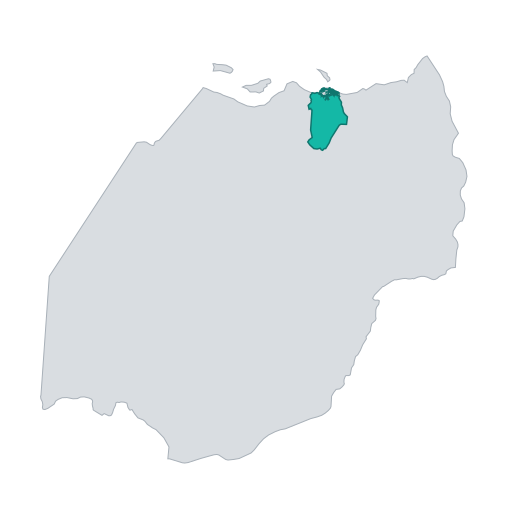 Rufiji, Pwani, United Republic of Tanzania (highlighted), rotated 274°
{"feature_id": "72390352B25336426084217", "entity_name": "Rufiji", "entity_type": "district", "adm_level": 2, "iso_a3": "TZA", "parent_name": "United Republic of Tanzania", "parent_adm1": "Pwani", "projection": "mercator", "projection_center": [39.283, -7.991], "detail": "fine", "context": "in_parent", "style": "filled", "palette": "teal", "viewbox_px": 512, "rotation_deg": 274, "n_neighbors": 0, "source": "geoboundaries", "source_scale": "gbopen_adm2", "svg_char_len": 9515}
<svg xmlns="http://www.w3.org/2000/svg" viewBox="0 0 512 512"><g transform="rotate(274 256 256)"><path d="M181.1,371.9L174.9,368.6L169.2,366.7L164.6,364.4L162.6,362.3L158.3,361.4L154.5,361.1L151.1,359.1L144.0,358.3L143.2,357.0L143.0,354.0L141.8,353.3L139.2,352.5L136.4,352.5L134.7,353.0L133.7,352.7L131.4,351.0L129.3,348.8L128.5,345.2L125.2,343.0L121.5,341.2L111.1,341.3L109.4,340.8L107.0,339.0L104.1,336.0L101.7,332.7L99.7,328.1L97.6,321.9L85.6,297.2L84.4,292.5L82.1,287.4L78.3,281.0L74.2,276.3L68.8,272.0L62.5,267.8L59.2,264.9L52.8,253.3L51.5,247.9L50.5,242.3L50.9,240.0L54.9,232.8L55.3,230.8L54.8,228.0L52.8,222.3L50.3,215.3L45.2,202.6L44.5,199.3L44.6,196.9L47.6,184.0L47.5,182.2L59.5,182.5L68.2,176.8L75.8,168.4L77.3,164.8L80.4,159.4L83.4,156.7L84.6,154.9L86.3,149.5L90.3,145.8L94.2,143.0L93.4,141.0L94.0,140.3L96.1,138.8L100.2,137.5L101.0,134.7L101.0,131.5L100.3,129.7L100.5,127.7L99.8,126.5L97.1,126.2L93.1,124.6L89.8,123.9L87.5,123.0L86.7,122.3L86.3,120.4L88.2,115.5L86.3,113.5L90.5,105.3L91.2,104.3L92.7,104.1L95.1,103.3L97.3,102.9L99.2,103.2L100.5,102.9L101.7,101.9L102.7,99.2L103.5,94.5L103.0,90.7L101.3,87.8L100.8,83.4L101.6,77.4L101.1,72.5L99.1,68.5L97.2,66.2L94.2,65.0L89.5,59.0L88.1,56.1L88.3,54.2L89.9,53.5L92.9,53.7L95.7,53.0L98.4,51.4L100.9,50.9L102.3,51.2L221.3,51.2L360.4,128.8L361.0,129.7L362.1,136.4L361.9,138.7L359.7,142.6L359.1,144.6L359.1,146.0L359.6,146.5L361.4,146.7L363.0,147.6L363.6,148.4L364.7,151.3L366.3,152.7L419.1,190.9L420.3,191.5L419.6,194.7L416.6,202.5L416.4,205.7L415.3,209.5L414.1,212.0L411.1,223.0L408.5,227.1L405.1,236.7L404.5,244.0L406.4,249.2L407.1,254.0L411.2,258.7L414.5,260.4L416.7,262.6L420.6,267.5L422.8,272.5L429.9,274.9L432.7,280.5L431.6,284.3L428.4,287.5L425.3,292.6L422.9,299.4L422.8,309.7L424.5,308.2L428.2,310.7L428.7,318.3L424.8,327.2L423.6,331.3L423.5,334.9L426.2,345.5L430.5,350.9L430.1,352.6L429.1,354.1L436.3,363.7L435.7,372.0L438.4,378.5L439.6,384.1L441.3,388.5L441.7,391.5L439.5,394.8L444.7,395.6L447.8,398.3L449.3,400.9L453.1,400.8L455.1,402.6L458.1,404.0L464.6,408.4L466.4,410.6L467.5,412.7L449.5,426.4L442.9,430.0L438.3,431.6L433.3,432.5L428.6,434.7L424.1,438.1L418.4,439.8L411.4,439.8L404.1,442.2L392.6,449.4L385.9,445.4L380.7,444.2L374.6,444.3L370.9,444.8L369.6,445.6L368.4,448.0L367.5,452.0L363.5,455.8L356.5,459.5L350.1,460.9L344.3,460.0L340.3,458.4L338.2,456.3L335.2,455.3L331.1,455.5L327.3,457.0L323.6,459.9L317.7,461.1L309.6,460.7L305.3,459.3L304.7,457.0L301.1,454.2L294.6,451.0L289.9,450.9L286.8,454.0L284.0,455.9L281.5,456.7L279.2,456.8L275.9,455.9L267.0,455.6L258.5,455.7L257.7,451.3L255.9,448.6L254.4,447.0L251.5,446.6L250.6,445.3L249.7,442.6L248.2,440.2L246.3,438.3L245.2,436.5L244.8,434.8L245.1,433.0L246.8,428.4L247.4,425.3L247.2,422.2L246.2,418.9L244.2,415.0L244.5,413.9L243.8,411.2L243.7,409.4L244.1,407.1L243.7,404.0L242.0,397.6L242.0,395.9L240.1,392.8L234.5,385.4L234.3,384.4L225.4,376.9L221.9,375.3L220.6,376.7L220.2,378.0L220.5,380.4L220.3,381.6L219.9,382.1L217.9,382.0L216.5,381.8L213.2,379.8L210.6,379.3L204.1,379.6L201.9,380.1L200.1,379.6L196.7,376.2L192.7,375.5L189.1,375.3L183.1,371.4L181.1,371.9ZM430.8,248.0L433.7,256.1L433.3,257.7L431.3,258.6L430.2,258.7L428.9,257.4L428.0,254.6L426.4,255.3L423.8,252.0L421.2,251.9L418.8,247.9L419.7,244.5L419.2,238.7L422.1,235.7L423.6,230.7L425.5,234.2L425.9,239.5L428.4,245.8L430.8,248.0ZM444.8,199.6L445.0,201.5L444.4,203.4L444.5,209.1L444.3,212.9L442.1,218.2L440.4,220.1L438.8,219.6L437.5,218.7L436.5,217.3L438.5,207.5L437.5,200.4L441.6,201.1L444.8,199.6ZM438.9,317.0L436.9,317.5L436.1,317.0L434.8,315.4L437.0,314.1L439.1,311.4L444.1,307.5L446.4,304.4L446.0,307.4L443.2,314.1L440.8,314.5L438.9,317.0Z" fill="#d9dde1" stroke="#a8b0b8" stroke-width="1"/><path d="M421.1,328.3L421.6,327.5L422.3,327.5L421.6,326.2L422.5,324.7L422.6,324.2L422.3,324.1L422.2,323.9L423.1,324.5L422.8,325.0L423.5,324.3L422.5,323.9L422.7,323.6L422.9,323.9L422.9,323.5L422.2,322.7L422.6,322.5L422.1,321.9L421.6,322.1L421.9,321.7L423.4,322.5L424.1,321.8L421.5,319.7L421.1,317.9L421.3,317.8L421.6,317.2L421.4,317.5L420.3,315.5L420.2,315.8L419.9,315.3L419.6,315.8L419.1,315.7L419.3,315.9L419.3,316.1L419.2,316.2L419.2,316.5L418.9,316.8L418.8,316.6L418.9,316.2L418.9,316.8L419.0,316.1L419.3,316.1L419.1,315.9L418.7,316.0L418.6,315.9L418.2,316.8L417.9,316.7L417.8,316.8L418.0,316.8L418.0,317.1L417.9,317.2L417.8,317.3L417.8,317.2L417.7,317.0L417.7,316.9L417.5,316.7L417.2,317.0L416.3,317.1L417.5,316.7L417.7,316.8L417.9,317.1L418.0,317.1L418.0,316.9L417.8,316.8L417.9,316.7L418.2,316.8L418.5,315.9L418.7,316.0L419.0,315.9L419.2,316.0L419.2,315.9L419.0,315.7L419.2,315.4L417.9,315.2L416.6,314.4L416.2,313.8L418.1,314.9L419.3,314.9L419.5,315.5L420.0,315.3L420.3,315.4L420.6,315.0L420.6,315.9L421.0,314.8L421.7,314.9L420.9,314.6L420.6,314.9L420.6,313.4L420.0,313.4L419.6,314.1L420.2,313.0L419.9,313.2L419.6,312.7L419.9,312.2L419.4,312.1L420.0,311.8L420.1,311.2L420.4,311.6L420.8,311.3L420.5,310.9L421.1,310.7L420.8,310.5L420.6,310.6L420.4,310.4L421.1,310.5L420.6,310.2L421.1,310.2L420.8,309.7L421.2,310.0L421.4,309.6L422.0,310.2L422.7,309.7L421.4,309.1L421.7,308.3L422.2,309.4L422.6,309.3L423.0,308.3L422.7,308.6L422.6,308.3L423.5,308.1L422.8,307.1L423.3,305.5L422.3,303.4L422.7,300.6L421.2,300.0L420.6,299.2L418.3,298.9L416.1,300.4L415.1,300.0L414.4,300.4L412.8,300.2L409.9,297.6L406.1,298.7L407.0,300.3L405.9,300.8L405.4,301.7L385.5,301.7L378.1,303.8L375.6,300.9L373.4,299.7L370.6,301.9L367.2,306.2L367.0,309.5L368.0,312.5L366.5,313.7L366.1,315.1L367.9,316.6L368.0,318.0L373.9,321.1L378.9,322.7L392.3,329.9L393.4,331.5L393.6,337.1L401.2,337.5L404.2,334.2L405.7,333.2L410.0,332.0L412.6,330.6L415.4,330.5L418.9,328.0L420.1,327.7L421.1,328.3ZM421.1,326.1L421.4,325.8L421.1,326.1ZM425.7,321.1L426.1,319.9L425.5,320.4L425.0,321.2L424.7,321.2L424.8,320.5L424.3,320.6L424.0,320.4L423.8,321.2L425.8,322.9L426.0,321.8L425.9,323.1L426.2,323.2L426.9,321.2L426.5,321.1L426.5,321.6L426.4,320.9L425.7,321.1ZM422.5,316.2L422.1,314.7L422.2,314.4L420.9,316.4L422.5,316.2ZM425.7,318.9L425.2,319.2L425.1,320.1L425.4,320.1L425.4,320.3L426.1,319.9L426.3,319.6L426.5,319.5L426.4,319.3L426.0,319.4L425.7,318.9ZM426.3,317.4L426.1,318.1L426.5,317.8L426.7,317.1L426.8,317.7L426.8,317.0L426.9,317.5L427.0,317.5L427.4,315.8L426.9,317.3L427.1,315.9L426.6,317.2L425.7,317.4L426.3,317.4ZM425.9,323.8L425.7,324.5L425.1,324.8L425.5,324.9L425.0,325.5L425.4,325.9L425.9,323.8ZM422.5,317.2L421.8,317.4L421.8,318.2L421.4,317.8L421.1,318.1L422.3,318.4L422.0,317.7L422.5,317.2ZM426.4,312.2L426.1,311.8L426.0,312.4L425.9,312.5L425.9,313.0L426.2,312.3L427.0,312.1L426.4,312.2ZM426.8,319.0L427.0,319.8L426.2,319.8L427.4,320.1L427.3,319.1L426.8,319.0ZM427.9,317.7L427.7,317.4L427.9,318.1L427.3,318.6L428.0,318.0L428.1,318.3L428.1,316.5L427.9,317.7ZM425.6,316.5L424.9,316.5L424.4,317.8L424.7,317.3L425.6,316.5ZM422.4,325.7L421.8,325.9L422.2,326.6L422.4,325.7ZM425.0,323.4L424.2,323.8L424.2,324.8L424.4,324.2L425.0,323.4ZM427.1,309.8L425.7,309.1L427.1,310.1L426.7,309.7L427.1,309.8ZM427.8,311.7L427.2,311.1L426.9,311.6L426.6,311.7L426.7,311.8L427.8,311.7ZM427.0,313.1L427.0,313.5L427.6,313.7L427.0,313.1ZM425.3,309.6L425.1,309.9L424.8,309.6L424.6,310.1L425.3,310.0L425.3,309.6ZM425.4,320.5L425.1,320.5L424.7,321.1L425.0,321.1L425.4,320.5ZM426.6,318.5L425.9,318.4L426.0,318.8L426.4,318.5L426.1,319.0L426.6,318.5ZM424.4,316.7L423.8,316.9L424.1,317.3L424.4,317.3L424.4,316.7ZM427.6,315.8L427.6,314.6L427.4,314.8L427.6,315.8ZM425.1,318.6L424.6,318.7L424.7,319.3L425.1,318.6ZM423.7,324.6L423.3,325.1L423.4,325.4L423.8,324.9L423.7,324.6ZM427.1,321.9L427.4,321.1L426.8,321.9L427.1,321.9ZM420.2,312.5L420.4,313.2L420.6,313.4L420.7,313.1L420.2,312.5ZM426.1,310.9L425.4,310.7L426.1,311.0L426.1,310.9ZM428.7,311.7L428.4,312.0L428.2,311.6L428.0,311.9L428.3,312.3L428.7,311.7ZM425.0,324.8L424.4,325.1L424.6,325.3L425.0,325.1L425.0,324.8ZM425.6,323.2L425.1,323.4L424.9,323.8L425.4,323.7L425.6,323.2ZM424.4,327.4L424.2,326.8L424.1,327.4L424.4,327.4ZM425.9,318.7L426.0,319.3L426.3,319.1L426.0,319.0L425.9,318.7ZM424.2,320.5L424.5,320.1L424.5,319.9L424.2,320.5ZM427.2,314.3L426.9,313.9L426.9,314.4L427.2,314.3ZM427.6,311.2L427.5,310.7L427.2,311.1L427.6,311.2ZM427.0,310.4L426.7,310.0L426.3,309.7L427.0,310.4ZM424.8,326.8L424.6,326.3L424.5,327.4L424.8,326.8ZM428.8,317.4L428.7,317.4L428.6,318.6L428.9,317.9L428.9,317.6L428.8,317.4ZM423.2,316.8L422.9,316.9L423.1,317.6L423.0,317.1L423.2,316.8ZM424.6,323.3L424.3,323.2L424.1,323.8L424.6,323.3ZM423.7,319.2L423.2,318.9L423.5,319.4L423.7,319.2ZM425.1,308.8L424.8,308.6L424.8,309.0L425.1,308.8ZM425.2,320.5L425.0,320.3L424.8,320.3L425.2,320.5ZM427.7,320.5L427.4,320.8L427.5,321.0L427.7,320.9L427.7,320.5ZM427.7,316.7L427.3,316.4L427.3,316.8L427.7,316.7ZM422.3,314.8L422.4,314.3L422.2,314.7L422.3,314.8ZM426.5,316.4L426.2,316.7L426.3,316.8L426.5,316.4ZM425.2,312.3L425.0,312.2L425.2,312.6L425.3,312.2L425.2,312.3ZM425.8,316.8L425.4,316.7L425.4,316.9L425.8,316.8ZM425.1,311.9L425.3,312.0L425.2,311.6L425.1,311.9ZM425.1,324.1L425.6,323.8L425.0,323.9L425.1,324.1ZM425.5,318.9L425.6,318.7L425.3,318.6L425.5,318.9ZM424.5,325.9L424.2,325.9L424.3,326.3L424.5,325.9ZM425.8,310.2L425.6,310.0L425.8,310.2ZM422.3,326.8L422.2,327.2L422.3,327.4L422.3,326.8ZM420.7,312.4L420.5,312.7L420.8,312.7L420.7,312.4ZM427.8,312.7L427.5,312.7L427.4,313.1L427.6,313.2L427.8,312.7ZM424.3,319.8L424.0,320.0L424.3,319.8ZM424.5,316.3L424.3,316.6L424.5,316.6L424.5,316.3ZM425.0,319.5L424.8,319.5L425.0,319.5ZM424.5,314.9L424.3,314.8L424.5,315.2L424.5,314.9ZM423.0,317.4L422.7,316.8L422.7,317.0L423.0,317.4Z" fill="#14b8a6" stroke="#0f766e" stroke-width="1.5"/></g></svg>